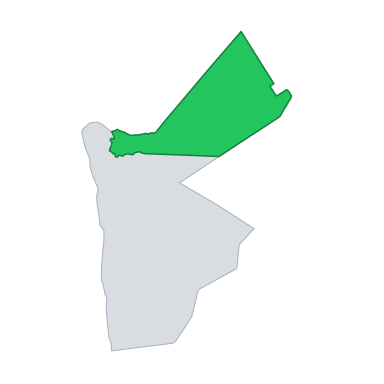 Jordan, with Mafraq highlighted, rotated 343°
{"feature_id": "JOR-850", "entity_name": "Mafraq", "entity_type": "Province", "adm_level": 1, "iso_a3": "JOR", "parent_name": "Jordan", "parent_adm1": "", "projection": "mercator", "projection_center": [37.07, 32.534], "detail": "fine", "context": "in_parent", "style": "filled", "palette": "green", "viewbox_px": 384, "rotation_deg": 343, "n_neighbors": 0, "source": "natural_earth", "source_scale": "10m", "svg_char_len": 2869}
<svg xmlns="http://www.w3.org/2000/svg" viewBox="0 0 384 384"><g transform="rotate(343 192 192)"><path d="M116.2,96.2L122.3,97.6L125.8,100.8L131.7,109.8L140.8,112.4L144.4,114.9L149.4,119.6L155.5,121.4L174.8,124.3L190.1,114.4L203.1,105.9L217.9,96.3L227.9,89.8L245.0,78.6L256.3,71.5L271.2,62.2L285.8,53.0L289.9,68.0L293.8,82.7L297.9,97.8L301.9,112.5L297.6,113.9L301.0,125.1L306.6,123.4L312.7,122.1L315.3,129.3L306.9,137.3L298.5,145.1L296.5,145.9L285.6,149.2L263.2,155.8L248.2,160.2L229.0,165.9L213.1,170.6L197.3,175.3L182.7,179.6L191.1,188.6L203.8,202.5L212.3,211.7L222.3,223.5L231.3,234.1L240.7,245.2L234.1,249.0L223.1,255.2L222.0,256.4L221.1,257.5L216.5,268.6L213.0,277.3L211.7,278.4L196.4,281.6L180.9,284.9L171.2,286.9L168.3,289.1L161.9,300.0L155.3,311.1L144.4,320.3L132.2,330.3L129.2,331.0L120.4,329.4L105.3,326.8L90.8,324.2L80.8,322.5L68.7,320.4L70.5,311.8L70.0,307.2L72.9,292.1L74.5,284.9L75.4,279.6L79.5,268.8L79.0,265.3L79.9,252.9L79.5,250.5L81.4,243.7L84.9,233.8L88.4,225.3L89.7,221.5L93.3,213.4L96.5,203.4L94.8,198.0L94.3,196.9L95.6,190.6L97.1,180.4L97.9,174.8L99.9,167.5L103.3,161.3L101.7,146.6L101.9,138.7L104.0,129.7L102.8,119.1L103.8,104.0L104.0,102.5L105.3,100.7L106.2,99.8L113.2,96.6L116.2,96.2Z" fill="#d9dde1" stroke="#a8b0b8" stroke-width="1"/><path d="M174.1,124.6L174.8,124.4L184.0,118.1L192.6,112.4L198.9,108.4L208.7,102.1L213.2,99.2L218.4,95.9L228.1,89.6L237.9,83.3L245.1,78.7L255.0,72.4L259.8,69.4L271.9,61.7L285.9,53.0L288.5,62.7L290.9,71.4L292.8,78.7L295.4,88.3L298.1,98.2L301.9,112.3L297.5,113.6L297.4,113.7L297.4,113.8L297.5,113.9L300.3,123.6L300.7,124.6L301.3,124.9L312.1,121.9L313.2,122.6L314.1,124.7L315.2,129.2L313.8,131.3L307.0,137.2L307.0,137.7L306.4,137.9L305.3,138.7L298.6,145.1L296.6,146.0L290.1,147.9L277.4,151.6L264.6,155.3L251.8,159.0L241.1,162.1L239.1,162.7L228.3,165.9L228.2,165.9L157.7,141.4L155.7,140.2L153.9,138.5L152.9,138.0L149.8,137.6L148.8,137.7L148.1,138.1L147.5,138.5L146.7,138.9L145.9,138.9L145.0,138.6L144.0,137.9L141.7,136.8L139.4,136.5L138.7,136.6L138.1,136.8L136.9,137.3L136.2,137.3L135.3,137.1L133.9,136.0L133.2,135.6L132.6,135.5L131.8,136.3L131.3,136.6L130.6,136.7L130.0,136.6L129.4,136.2L129.1,135.8L129.1,135.1L129.3,134.6L129.5,134.2L129.6,133.8L129.4,133.3L128.9,132.8L127.8,132.4L127.2,131.0L126.4,129.8L126.0,129.4L125.6,129.1L125.3,128.7L125.3,128.0L125.9,127.0L128.5,124.0L129.3,122.4L129.7,121.8L129.8,121.3L129.6,120.3L129.3,119.6L129.0,119.1L129.0,118.5L129.2,118.0L130.0,117.3L130.7,117.2L131.3,117.4L132.3,118.2L132.8,118.3L133.3,118.2L133.6,116.5L132.9,110.9L133.8,111.0L135.9,110.7L136.2,110.7L136.8,110.9L137.1,111.0L137.4,110.9L138.1,110.3L138.4,110.2L139.0,110.5L140.8,112.4L144.5,114.9L149.5,119.7L150.3,120.2L151.4,120.5L154.6,120.8L155.6,121.4L157.6,121.7L165.4,122.6L167.5,124.2L168.4,123.6L169.7,123.6L173.3,124.6L174.1,124.6Z" fill="#22c55e" stroke="#15803d" stroke-width="1.5"/></g></svg>